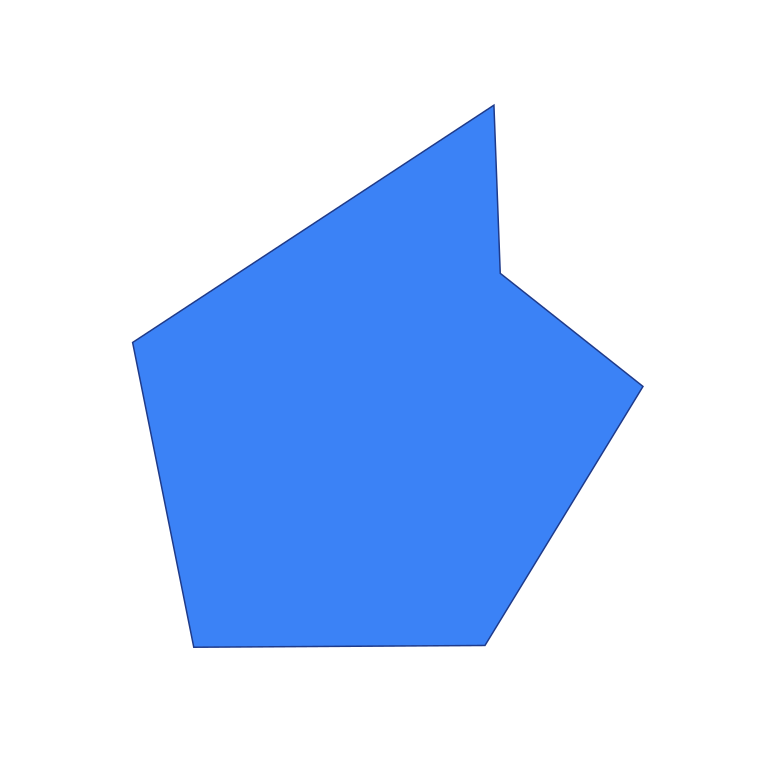 outline of Zarafshan city, Navoi, Uzbekistan, rotated 191°
{"feature_id": "79887680B3674714767305", "entity_name": "Zarafshan city", "entity_type": "district", "adm_level": 2, "iso_a3": "UZB", "parent_name": "Uzbekistan", "parent_adm1": "Navoi", "projection": "mercator", "projection_center": [64.188, 41.505], "detail": "fine", "context": "isolated", "style": "filled", "palette": "blue", "viewbox_px": 768, "rotation_deg": 191, "n_neighbors": 0, "source": "geoboundaries", "source_scale": "gbopen_adm2", "svg_char_len": 254}
<svg xmlns="http://www.w3.org/2000/svg" viewBox="0 0 768 768"><g transform="rotate(191 384 384)"><path d="M638.7,376.8L520.5,89.3L235.0,146.6L129.3,431.0L291.0,514.8L329.3,678.7L638.7,376.8Z" fill="#3b82f6" stroke="#1e3a8a" stroke-width="1.5"/></g></svg>